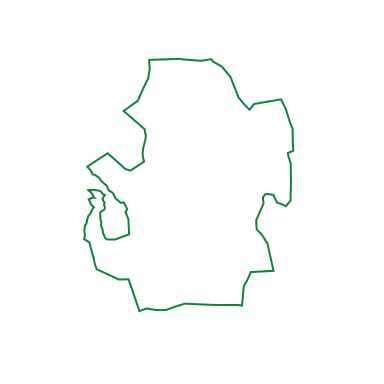 the district of Ijero, Ekiti, Nigeria, rotated 216°
{"feature_id": "59680162B51712615582520", "entity_name": "Ijero", "entity_type": "district", "adm_level": 2, "iso_a3": "NGA", "parent_name": "Nigeria", "parent_adm1": "Ekiti", "projection": "mercator", "projection_center": [5.082, 7.845], "detail": "fine", "context": "isolated", "style": "outline", "palette": "green", "viewbox_px": 384, "rotation_deg": 216, "n_neighbors": 0, "source": "geoboundaries", "source_scale": "gbopen_adm2", "svg_char_len": 2863}
<svg xmlns="http://www.w3.org/2000/svg" viewBox="0 0 384 384"><g transform="rotate(216 192 192)"><path d="M84.8,129.3L87.6,134.3L94.8,146.4L95.5,153.0L97.3,161.9L79.7,176.1L100.9,194.9L103.2,195.6L108.4,197.8L111.5,198.7L117.5,199.7L119.9,202.4L123.5,207.0L127.4,224.7L131.4,229.2L131.5,231.5L131.4,233.3L129.8,234.7L124.5,237.5L117.1,233.4L112.1,234.9L107.6,235.8L107.3,243.1L112.7,250.8L117.6,258.0L129.1,273.3L134.8,277.4L137.4,279.8L134.3,284.9L140.4,292.4L147.6,302.1L153.0,305.5L165.0,314.3L174.4,319.3L193.5,299.7L193.9,292.4L201.3,293.6L210.0,295.9L228.5,307.7L241.6,311.0L251.7,309.9L254.4,310.8L261.8,303.5L278.2,293.4L280.4,292.3L304.3,273.7L298.2,266.2L297.0,263.6L294.3,258.4L293.0,251.1L291.4,242.5L289.4,234.1L294.9,217.4L266.9,214.9L265.7,213.2L262.6,210.7L260.5,206.9L257.2,198.7L254.8,194.4L252.3,191.5L248.7,188.5L250.5,183.3L250.6,183.1L254.4,173.1L259.5,171.4L283.0,173.8L283.2,173.4L291.6,151.0L291.0,150.8L290.2,150.6L289.7,150.5L289.4,150.4L289.2,150.4L288.8,150.3L288.4,150.3L287.9,150.2L286.7,149.9L286.3,149.7L285.7,149.6L285.0,149.0L284.6,148.8L284.2,148.6L283.5,148.1L282.6,148.0L282.1,148.2L281.4,148.5L280.5,148.7L280.1,148.8L279.4,148.8L277.8,148.8L276.9,149.0L275.6,148.9L274.7,148.7L274.2,148.5L273.1,147.9L272.2,147.6L271.1,147.5L269.9,147.3L268.9,147.1L268.3,147.1L266.7,147.1L265.3,147.1L264.2,146.9L263.9,146.7L261.0,144.6L259.9,144.3L258.3,144.6L257.2,144.5L256.0,144.7L255.1,144.6L250.2,141.9L245.8,141.5L243.3,141.3L241.1,143.5L234.4,140.1L234.1,136.6L227.6,132.7L218.0,120.8L226.5,108.1L232.7,103.8L233.5,103.7L234.0,103.6L234.8,103.7L236.3,104.3L237.0,104.8L237.5,105.2L238.0,105.3L238.2,105.6L238.4,105.6L238.8,105.9L239.1,105.9L239.6,106.3L240.4,106.9L241.1,107.9L242.8,109.5L243.4,109.9L245.1,110.8L245.6,111.3L246.0,111.5L246.3,112.1L247.1,113.4L247.6,114.3L248.0,114.5L248.9,115.4L250.2,116.2L250.9,117.1L251.6,118.2L252.2,118.8L252.7,119.6L254.3,121.7L254.0,122.4L253.5,124.2L252.5,126.4L253.3,128.1L254.1,128.9L255.8,129.9L255.9,130.7L256.3,131.4L256.3,132.0L256.7,132.2L257.4,132.4L258.1,132.4L258.5,132.6L259.0,133.0L260.1,134.0L260.5,134.1L260.7,136.5L260.8,138.4L262.6,137.8L266.3,138.9L270.4,137.3L274.9,134.5L277.1,132.6L276.6,132.4L275.9,132.5L275.4,132.4L274.0,132.3L273.4,132.4L272.8,132.1L271.2,131.5L270.1,131.1L268.8,130.2L267.8,130.0L268.6,129.6L269.2,128.9L269.9,127.4L271.3,125.4L268.5,123.9L268.5,123.6L268.1,123.4L265.7,122.4L265.2,122.3L262.5,122.1L262.6,121.3L262.1,117.4L261.5,115.0L261.8,111.5L261.3,110.4L260.7,108.3L259.3,105.6L258.8,104.1L258.8,101.9L257.8,100.0L256.2,97.2L254.4,95.3L253.5,94.3L252.6,93.0L251.6,90.4L245.6,91.0L234.5,82.0L232.9,81.2L228.9,77.1L223.8,73.5L199.7,78.2L192.0,84.1L164.5,64.7L160.4,71.0L151.3,75.6L143.8,81.1L142.8,82.5L138.8,88.6L132.2,97.4L118.9,106.2L114.7,109.0L106.9,114.2L87.8,128.0L84.8,129.3Z" fill="none" stroke="#15803d" stroke-width="2"/></g></svg>